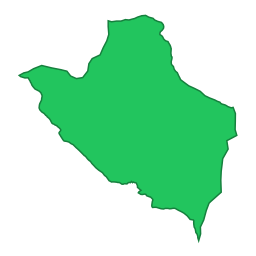 outline of Mayo-Dallah, Mayo-Kebbi Ouest, Chad
{"feature_id": "50815135B58245995276010", "entity_name": "Mayo-Dallah", "entity_type": "district", "adm_level": 2, "iso_a3": "TCD", "parent_name": "Chad", "parent_adm1": "Mayo-Kebbi Ouest", "projection": "mercator", "projection_center": [14.882, 9.1], "detail": "fine", "context": "isolated", "style": "filled", "palette": "green", "viewbox_px": 256, "rotation_deg": 0, "n_neighbors": 0, "source": "geoboundaries", "source_scale": "gbopen_adm2", "svg_char_len": 4278}
<svg xmlns="http://www.w3.org/2000/svg" viewBox="0 0 256 256"><path d="M236.8,135.4L235.1,129.6L235.3,121.5L235.4,113.5L233.1,107.4L231.4,107.8L231.2,107.8L229.2,107.1L227.8,106.6L226.7,105.8L226.5,105.7L225.2,105.0L224.6,104.8L223.6,104.5L223.2,104.4L222.9,104.3L222.3,104.2L222.2,104.1L221.0,103.6L219.9,102.2L217.6,101.4L216.5,100.9L215.1,100.1L211.8,98.8L209.4,97.9L207.2,96.8L205.0,95.8L200.3,91.4L199.8,91.1L194.6,88.5L193.1,87.8L188.7,85.8L183.2,81.7L181.5,80.4L180.5,79.6L179.9,78.1L179.7,77.7L179.2,76.8L178.8,76.1L177.3,72.7L175.6,71.3L174.2,69.3L173.9,68.2L173.7,67.7L173.6,67.1L173.4,66.5L172.0,65.0L171.5,64.3L171.4,64.1L171.3,63.0L171.2,61.6L171.5,60.4L171.7,59.6L171.9,58.7L172.0,58.0L172.0,57.0L171.3,56.2L171.2,55.4L171.1,54.6L170.9,53.3L171.0,51.6L171.2,48.8L170.5,46.3L169.9,44.9L168.7,43.0L168.0,41.6L165.6,40.8L163.9,39.3L162.5,36.6L161.6,35.6L160.4,34.9L159.9,34.6L159.8,33.8L160.1,32.6L160.3,31.9L162.0,30.4L162.7,29.5L163.5,28.3L163.6,27.7L163.7,27.1L163.7,26.4L163.7,26.2L163.4,25.3L163.2,24.6L162.0,23.0L161.2,22.3L159.2,21.8L158.2,21.5L157.5,21.3L154.5,19.9L153.8,19.1L153.0,18.3L149.3,17.3L148.6,17.1L147.6,16.5L145.6,15.4L142.4,15.7L141.9,15.7L141.0,16.0L137.6,17.1L136.1,17.8L134.6,18.5L132.2,19.1L129.4,19.9L129.0,20.0L126.0,19.7L125.5,19.6L121.0,21.1L118.7,21.1L116.4,21.1L112.2,21.7L111.6,21.8L108.2,20.8L108.2,26.6L108.8,34.4L106.8,40.9L103.3,47.6L100.1,54.9L92.2,58.6L88.9,63.7L87.8,71.0L82.7,77.6L76.4,78.6L70.6,76.0L66.9,71.2L60.9,69.7L51.6,67.9L41.7,65.5L33.6,68.7L28.1,71.9L23.8,72.9L19.2,75.4L20.6,76.6L22.2,77.1L22.3,77.1L22.8,77.3L24.5,77.8L24.8,77.9L26.0,77.9L28.1,77.8L29.9,80.8L30.0,80.9L30.6,82.4L31.2,83.2L31.6,84.3L31.8,84.9L32.4,85.8L33.2,86.9L35.0,89.0L39.1,91.1L40.8,92.6L41.4,94.0L42.0,95.2L42.0,95.5L42.1,96.4L41.6,98.8L41.6,99.3L41.5,100.1L39.7,103.8L39.6,104.2L39.4,105.1L39.1,107.9L39.8,109.8L40.3,110.3L41.7,111.9L44.2,113.5L45.8,115.4L46.6,115.8L46.9,116.2L47.1,116.7L49.0,118.3L50.1,119.6L50.3,120.0L50.6,120.5L50.7,120.8L51.9,123.1L52.6,123.7L52.8,123.8L53.6,124.0L54.4,124.5L55.0,125.0L55.3,125.1L55.9,125.3L56.1,125.4L56.9,125.7L57.3,126.4L58.0,126.9L59.5,128.1L60.7,129.6L60.7,130.0L60.7,130.5L59.2,132.4L59.1,132.5L59.1,132.8L59.1,133.0L59.1,133.6L60.1,135.2L61.2,137.0L62.8,139.5L63.4,140.3L63.8,140.8L64.6,141.1L66.1,141.3L67.0,141.5L68.8,142.0L69.7,142.6L70.7,143.4L71.0,143.6L71.8,144.0L72.6,144.4L73.1,144.6L76.4,147.9L77.4,148.7L78.5,149.8L78.9,150.1L84.4,155.7L85.4,156.2L86.3,157.3L87.2,158.5L87.8,159.2L88.9,160.3L89.4,160.7L89.6,160.6L90.6,161.7L90.9,162.0L91.9,163.5L94.0,165.7L95.8,167.7L97.6,169.2L98.8,170.2L102.4,172.6L103.8,174.4L104.5,175.4L105.5,176.1L106.3,176.7L109.1,180.7L110.3,181.3L111.5,182.0L112.1,181.9L112.4,181.9L113.6,181.9L116.0,182.1L116.8,182.2L117.8,182.5L119.4,182.5L120.9,183.5L122.0,184.2L123.2,184.2L124.4,183.7L127.0,183.9L128.0,182.8L128.4,182.7L128.6,182.7L128.8,182.6L129.1,182.4L130.4,182.7L130.7,182.3L130.8,182.2L131.4,181.5L131.9,182.0L132.5,182.6L132.8,182.2L133.3,182.0L134.1,182.4L134.5,182.6L135.9,182.8L136.2,183.1L136.4,183.2L137.2,185.2L137.4,185.5L137.5,185.9L137.6,186.0L137.4,186.9L137.6,187.6L138.2,187.8L138.8,188.4L139.1,188.8L139.9,189.4L140.8,190.2L141.0,190.3L140.9,190.4L139.6,191.3L139.0,191.7L138.8,192.1L138.5,192.4L138.3,192.8L140.9,194.4L142.6,194.5L144.4,194.1L145.8,194.3L146.6,195.7L149.7,196.9L150.1,196.9L150.5,197.0L152.5,199.0L152.6,199.3L152.9,199.9L152.8,200.0L152.6,200.7L152.3,201.7L151.9,204.4L151.8,205.6L151.8,205.8L152.0,206.8L152.7,207.5L153.3,207.4L154.6,207.3L154.9,207.3L155.7,207.3L156.2,207.3L161.3,208.8L161.9,208.8L163.4,209.0L164.7,208.6L165.2,208.4L165.6,208.4L166.1,208.4L167.1,208.4L167.9,208.4L168.9,208.6L169.6,208.8L170.6,208.7L171.0,208.7L173.0,208.3L174.2,208.3L174.7,208.3L175.3,208.5L178.5,210.3L180.8,211.4L182.1,212.1L184.0,213.2L185.1,214.1L187.2,215.8L189.4,218.5L190.1,219.4L193.4,220.0L193.8,220.6L193.8,220.9L193.7,221.8L193.7,222.6L193.8,224.4L194.2,227.1L195.1,228.6L195.3,229.4L195.5,230.4L195.9,232.6L197.0,234.0L197.7,236.1L197.7,236.3L197.8,236.6L197.8,237.7L198.7,240.6L200.6,233.9L200.4,227.0L203.7,220.0L206.3,210.4L209.0,203.2L210.5,201.7L221.2,192.2L220.8,180.3L221.2,171.3L222.1,164.0L222.7,158.7L228.1,149.1L226.8,140.7L236.8,135.4Z" fill="#22c55e" stroke="#15803d" stroke-width="1.5"/></svg>